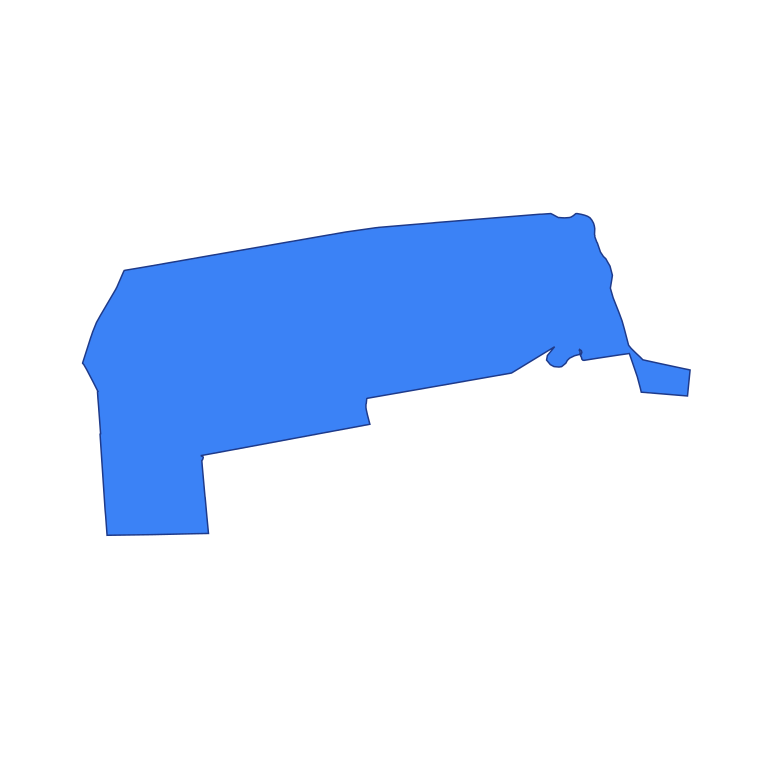 the district of Cilieni, Olt, Romania, rotated 13°
{"feature_id": "2599482B82489722480491", "entity_name": "Cilieni", "entity_type": "district", "adm_level": 2, "iso_a3": "ROU", "parent_name": "Romania", "parent_adm1": "Olt", "projection": "natural_earth1", "projection_center": [24.598, 43.879], "detail": "fine", "context": "isolated", "style": "filled", "palette": "blue", "viewbox_px": 768, "rotation_deg": 13, "n_neighbors": 0, "source": "geoboundaries", "source_scale": "gbopen_adm2", "svg_char_len": 2173}
<svg xmlns="http://www.w3.org/2000/svg" viewBox="0 0 768 768"><g transform="rotate(13 384 384)"><path d="M246.6,569.1L240.9,552.0L235.3,534.9L234.9,534.0L225.2,504.3L223.7,499.5L224.1,498.9L224.3,498.4L224.3,497.6L224.4,497.1L224.4,496.2L224.1,495.7L223.5,495.4L222.3,495.3L222.1,494.8L246.6,484.2L379.3,426.4L374.8,417.8L372.5,413.0L371.7,411.0L371.0,407.9L371.1,406.9L370.5,402.2L370.7,401.9L370.9,401.7L428.4,377.4L469.5,360.0L505.8,344.6L541.9,309.3L536.8,319.5L537.0,324.1L541.7,327.7L545.7,328.8L550.7,328.1L553.2,327.1L556.5,322.8L557.3,319.8L559.1,317.0L563.3,313.6L566.9,311.7L567.8,311.3L568.2,309.6L567.6,308.2L566.6,307.1L566.8,306.3L568.8,307.1L569.7,308.8L569.1,312.2L570.4,313.6L571.1,315.2L572.2,316.0L573.5,316.0L586.6,310.7L607.1,302.6L616.2,299.1L617.0,300.4L629.2,320.0L634.8,330.6L636.5,334.1L668.7,329.4L677.6,328.1L682.4,327.4L679.1,301.5L648.3,302.0L630.8,302.2L627.5,300.1L623.5,297.8L621.5,296.6L616.8,293.7L613.6,291.2L605.8,276.3L601.8,269.0L597.0,261.7L587.9,248.5L583.0,239.7L582.4,230.3L582.1,226.7L577.7,218.3L574.5,214.9L572.0,212.1L569.1,210.4L565.2,206.7L560.1,198.5L559.5,198.0L556.4,193.3L556.1,192.5L556.0,191.8L555.5,191.0L554.9,187.8L554.4,185.2L553.3,182.5L552.0,180.2L549.7,177.6L547.3,175.7L544.7,174.8L541.6,174.4L538.1,174.3L535.8,174.4L533.7,174.5L532.5,174.9L530.7,177.3L528.8,179.2L527.2,180.1L523.0,181.4L522.1,181.6L521.2,181.8L519.2,182.1L517.2,182.4L516.6,182.6L516.4,182.6L516.1,182.5L514.6,182.1L510.3,180.9L509.0,180.6L508.6,180.5L508.2,180.4L499.7,183.0L499.3,183.1L497.7,183.5L412.6,210.5L397.7,215.2L395.5,216.0L378.2,221.5L343.3,232.7L342.9,232.9L340.8,233.6L333.3,236.5L326.8,239.0L312.3,244.6L186.8,297.5L130.8,321.2L119.3,326.0L106.5,331.3L105.3,331.9L105.0,333.1L104.2,337.4L101.8,350.4L101.6,350.7L101.5,351.1L101.5,351.3L101.4,351.8L92.3,380.8L90.0,388.7L88.4,398.8L88.0,403.1L87.8,404.4L87.8,404.5L86.7,417.9L85.6,431.3L85.7,431.7L86.9,432.4L91.1,436.9L97.6,444.5L99.5,446.7L107.0,455.7L106.6,456.1L108.6,462.7L110.7,469.3L118.3,493.8L119.1,496.3L118.6,496.7L119.8,500.7L140.5,569.2L142.5,575.3L148.2,593.7L191.3,583.1L235.4,571.9L246.6,569.1Z" fill="#3b82f6" stroke="#1e3a8a" stroke-width="1.5"/></g></svg>